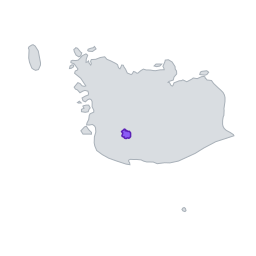 Daegu on a map of South Korea (orthographic projection), rotated 95°
{"feature_id": "KOR-2504", "entity_name": "Daegu", "entity_type": "Metropolitan City", "adm_level": 1, "iso_a3": "KOR", "parent_name": "South Korea", "parent_adm1": "", "projection": "orthographic", "projection_center": [128.628, 35.889], "detail": "fine", "context": "in_parent", "style": "filled", "palette": "violet", "viewbox_px": 256, "rotation_deg": 95, "n_neighbors": 0, "source": "natural_earth", "source_scale": "10m", "svg_char_len": 3653}
<svg xmlns="http://www.w3.org/2000/svg" viewBox="0 0 256 256"><g transform="rotate(95 128 128)"><path d="M72.3,54.3L73.3,53.5L73.3,52.5L73.4,49.0L76.2,46.6L80.1,41.7L82.1,39.0L84.3,36.4L86.8,34.8L89.3,34.0L93.1,33.7L100.5,34.1L101.9,33.8L107.1,33.6L108.3,34.1L112.0,34.4L116.1,34.1L118.2,33.4L120.1,32.1L121.8,29.9L123.6,25.7L125.4,22.4L126.5,21.8L134.0,39.4L141.3,50.7L147.5,59.0L156.5,74.8L159.1,83.2L159.4,88.5L161.0,95.7L159.7,99.9L160.2,106.4L159.6,109.7L158.6,112.2L158.6,117.0L158.9,119.5L159.0,122.9L159.7,124.2L160.8,124.7L162.4,123.4L164.4,122.9L164.1,126.9L161.7,137.2L159.7,144.7L156.8,151.2L153.2,157.2L148.8,159.5L145.7,160.4L139.7,160.7L134.8,159.7L130.5,160.4L128.8,161.6L127.6,163.8L128.5,167.1L128.4,169.5L126.6,169.3L123.0,167.9L119.0,167.7L117.1,167.0L115.2,163.5L113.3,163.6L110.0,165.6L104.9,166.0L103.0,167.1L102.4,168.6L103.1,170.4L105.7,172.8L104.8,175.2L102.1,176.4L100.0,173.4L98.6,170.5L97.1,170.3L94.8,171.1L94.3,174.2L95.3,176.4L97.1,178.9L94.5,181.7L93.8,183.8L92.0,185.2L87.2,181.9L87.9,179.6L90.0,177.4L90.3,175.1L89.7,173.7L82.6,179.4L78.1,186.0L75.8,185.5L74.9,183.7L73.6,183.0L68.8,187.2L67.9,190.6L66.2,190.6L65.4,189.2L65.4,186.1L64.7,183.5L59.9,179.7L57.8,176.3L59.0,174.5L63.0,175.6L66.3,175.5L65.7,174.0L64.6,173.2L66.8,172.4L68.6,170.6L67.1,170.1L64.9,171.1L63.0,170.5L62.4,166.2L60.2,161.7L59.1,157.4L61.4,155.0L62.6,151.2L64.8,145.7L65.9,143.9L68.8,142.7L69.8,141.2L68.3,140.5L65.8,139.8L65.9,138.2L67.6,137.3L69.6,135.6L73.3,133.5L74.5,129.5L73.5,128.4L71.2,127.4L71.7,125.4L72.7,123.9L72.4,122.9L69.7,120.2L68.0,117.8L68.6,115.0L68.3,110.9L68.6,107.4L68.5,105.5L67.3,101.2L66.8,97.0L65.0,97.6L63.6,98.6L58.7,97.0L57.1,96.8L56.5,93.7L58.4,89.8L62.7,86.5L65.2,86.1L67.0,84.6L69.9,84.2L73.3,86.6L76.3,87.1L78.0,91.2L79.0,92.1L79.2,90.6L81.8,88.9L82.4,87.6L81.8,86.9L79.0,86.1L76.5,81.1L76.2,78.9L75.3,77.5L76.8,73.5L73.9,68.9L72.5,67.4L72.8,63.3L71.3,60.7L70.5,59.3L70.0,56.8L70.5,55.7L71.9,55.3L72.3,54.3ZM58.6,233.4L57.1,234.2L55.7,233.7L55.3,233.2L53.7,231.0L53.3,229.8L54.5,227.6L59.1,224.1L70.9,220.8L73.0,220.7L77.6,222.3L78.6,225.1L77.7,227.5L76.6,229.1L71.2,231.8L67.0,233.0L58.6,233.4ZM138.0,172.3L134.9,174.7L130.8,171.5L129.8,169.7L133.0,167.1L135.6,164.0L137.3,163.9L138.0,172.3ZM116.1,172.0L115.8,175.8L113.5,176.0L112.1,173.5L110.7,174.7L109.9,174.7L108.8,171.6L108.6,169.2L111.3,167.4L112.9,168.5L115.3,169.1L116.1,172.0ZM56.5,188.2L54.4,188.8L53.3,187.4L52.5,187.0L53.0,185.2L56.5,181.8L57.2,180.6L60.3,181.4L61.4,183.3L59.9,186.1L56.5,188.2ZM68.7,56.0L68.5,61.2L66.7,60.9L65.6,60.3L65.1,59.3L64.1,54.5L65.4,52.5L67.9,54.1L68.7,56.0ZM54.9,174.0L54.4,174.9L53.0,174.6L51.7,171.8L51.1,169.7L49.7,168.5L52.0,166.7L54.9,170.1L54.9,174.0ZM64.4,104.8L63.9,107.4L61.8,105.6L61.4,100.0L63.5,101.7L64.4,104.8ZM205.8,66.0L204.4,67.2L202.7,66.1L202.4,64.8L203.3,63.7L205.3,63.0L206.3,64.0L205.8,66.0ZM73.4,189.6L73.9,191.5L71.3,191.1L69.9,189.3L70.1,187.7L71.7,187.5L73.4,189.6ZM107.5,179.4L107.1,180.6L105.5,178.8L107.1,176.8L107.5,179.4Z" fill="#d9dde1" stroke="#a8b0b8" stroke-width="1"/><path d="M136.4,124.7L137.7,125.6L138.1,126.3L138.1,126.6L137.9,126.9L137.9,127.9L138.2,128.3L138.5,128.5L138.6,129.2L138.6,129.8L138.4,130.5L137.9,131.0L137.7,130.9L137.4,130.9L137.4,131.2L137.4,131.5L137.1,132.3L137.1,132.6L137.0,132.9L136.3,133.4L134.4,132.9L133.4,132.8L132.9,133.1L132.5,133.9L132.2,134.1L131.9,133.9L131.5,133.6L131.0,133.2L130.6,132.5L130.1,132.0L129.6,131.8L129.4,131.1L129.9,130.5L130.4,130.5L130.9,130.4L131.0,130.0L131.1,129.6L130.8,129.5L130.5,129.5L130.8,128.7L131.4,128.1L131.2,126.3L132.7,125.0L134.7,124.8L136.4,124.7Z" fill="#8b5cf6" stroke="#5b21b6" stroke-width="1.5"/></g></svg>